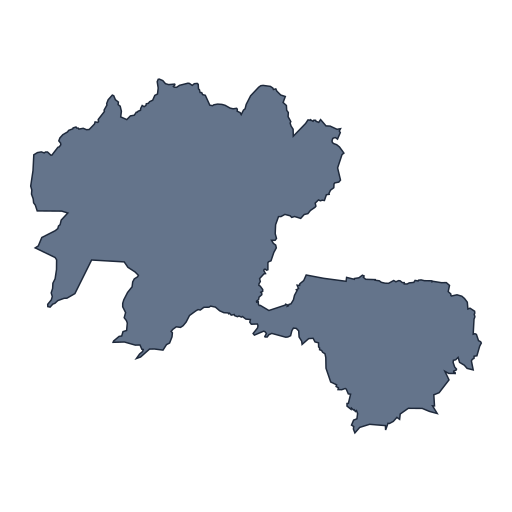 Huejúcar, Jalisco, Mexico (Albers equal-area conic projection)
{"feature_id": "50627088B78900582914746", "entity_name": "Huejúcar", "entity_type": "district", "adm_level": 2, "iso_a3": "MEX", "parent_name": "Mexico", "parent_adm1": "Jalisco", "projection": "albers", "projection_center": [-103.223, 22.31], "detail": "fine", "context": "isolated", "style": "filled", "palette": "slate", "viewbox_px": 512, "rotation_deg": 0, "n_neighbors": 0, "source": "geoboundaries", "source_scale": "gbopen_adm2", "svg_char_len": 6022}
<svg xmlns="http://www.w3.org/2000/svg" viewBox="0 0 512 512"><path d="M163.0,350.1L166.5,344.6L169.6,343.0L172.0,336.9L172.4,332.8L171.1,331.4L172.9,329.3L176.3,326.8L180.5,327.4L183.1,325.7L186.1,322.1L189.5,315.5L195.8,310.9L198.0,309.6L200.3,310.0L203.9,307.3L209.0,307.2L210.6,306.1L215.4,307.1L219.7,310.8L223.9,312.7L228.0,312.9L228.7,313.8L229.5,313.2L231.2,315.1L234.2,314.5L234.6,315.6L237.5,316.7L239.0,316.0L241.4,317.1L242.4,316.5L245.9,319.1L250.4,319.5L249.8,322.2L251.3,324.2L257.4,324.0L258.0,325.8L257.5,328.0L253.1,333.5L254.4,335.1L263.6,331.2L264.9,331.6L266.4,333.5L264.8,336.5L265.1,337.0L267.2,337.0L268.9,334.7L271.8,333.4L285.7,337.2L287.8,337.0L290.6,335.7L291.9,330.6L293.4,328.1L296.3,328.4L298.7,330.9L299.1,337.0L301.7,341.2L302.1,344.4L308.7,338.6L313.1,338.3L315.0,341.9L318.5,342.8L318.6,346.9L319.6,348.0L319.6,349.7L321.6,350.5L322.6,352.2L325.0,353.8L325.8,357.6L326.0,368.2L330.7,382.0L336.6,384.8L336.1,386.5L338.4,387.8L338.0,389.6L341.7,389.7L345.2,388.5L346.3,389.2L348.3,393.9L350.6,394.2L348.4,403.3L347.0,403.5L347.0,406.1L351.1,409.4L351.4,408.1L353.5,410.0L354.2,409.7L355.4,411.5L356.5,410.6L357.6,413.6L356.9,418.8L353.6,420.1L351.5,425.1L353.7,426.5L353.4,429.0L354.9,432.9L359.7,427.4L369.6,424.3L385.4,425.6L385.6,430.0L388.0,423.3L389.4,423.5L393.3,421.4L396.9,417.4L399.6,419.3L400.2,414.0L408.3,408.3L422.2,408.4L429.4,411.4L437.2,413.5L432.5,405.8L434.5,405.9L433.8,394.8L439.1,392.7L449.0,379.9L444.9,371.3L448.7,373.4L455.2,373.5L455.1,372.6L453.6,372.2L453.7,371.1L456.2,370.0L456.5,369.1L454.7,367.1L453.1,362.4L453.4,360.3L455.6,359.8L458.1,357.4L459.6,362.4L464.3,365.2L467.1,368.4L473.2,369.9L471.4,360.9L472.3,359.3L474.0,358.4L474.1,356.2L476.9,355.8L479.7,346.1L481.3,343.1L480.6,341.7L478.5,340.6L476.4,334.4L474.9,333.7L473.2,334.2L474.0,319.2L474.9,316.8L474.2,314.2L474.8,313.1L474.6,311.2L470.0,308.2L467.9,309.0L467.3,302.2L464.5,298.5L461.8,296.2L457.0,294.8L451.5,296.0L450.9,295.6L450.8,294.0L448.2,291.6L449.5,285.4L446.3,282.6L441.5,282.7L432.9,281.3L432.0,281.8L431.8,280.8L424.4,280.7L421.1,279.9L418.5,280.2L418.1,281.0L415.1,280.4L413.8,282.4L409.2,282.9L407.1,284.0L404.2,283.9L404.2,282.6L402.3,282.6L400.1,280.8L398.6,280.6L395.9,281.8L393.7,280.5L388.6,283.3L385.1,283.2L381.3,282.3L379.3,280.8L375.1,280.2L375.2,279.6L365.7,279.3L363.4,277.3L364.1,276.0L362.4,275.2L358.9,277.8L354.4,278.5L354.3,279.3L346.6,277.4L346.1,281.3L323.6,278.3L306.2,275.0L303.7,280.6L299.9,283.7L299.6,285.4L297.1,285.2L298.5,288.5L296.4,289.8L297.2,290.3L294.5,295.3L293.4,299.9L291.0,303.8L289.0,304.4L288.4,305.8L287.2,306.3L287.4,304.9L285.6,304.2L285.2,305.1L268.9,310.5L260.3,305.4L259.2,305.5L258.4,304.2L258.3,301.8L256.7,302.2L256.5,301.2L258.6,299.6L259.0,297.2L261.8,294.7L261.7,293.1L260.8,292.2L262.7,291.3L262.7,289.5L260.2,286.1L258.9,285.4L259.0,283.7L260.3,281.6L259.6,278.6L263.9,273.9L265.5,273.6L263.8,270.6L264.1,269.5L265.0,269.1L266.7,270.2L267.9,269.7L267.9,262.7L268.5,261.8L271.0,260.8L273.8,252.5L276.3,247.9L275.7,245.1L273.4,243.4L271.5,240.3L275.1,240.3L276.5,238.4L275.2,233.7L275.6,224.7L278.5,216.6L280.9,216.6L284.9,214.4L290.2,215.8L291.7,217.4L294.6,216.5L300.7,218.4L304.2,214.5L307.9,213.6L310.4,210.5L315.1,207.2L315.9,206.2L315.2,203.1L318.5,199.9L320.3,200.8L322.3,200.2L324.4,200.5L326.4,194.7L329.2,194.3L329.0,193.3L330.5,190.2L333.8,187.7L334.0,183.9L334.8,182.9L338.8,182.1L340.5,180.1L337.6,167.9L342.0,154.6L343.9,153.1L339.5,147.0L336.7,144.7L333.7,143.6L332.4,142.5L332.0,141.0L332.7,138.5L333.8,137.9L335.5,137.6L337.5,139.1L340.3,132.6L339.3,131.0L340.5,128.7L337.0,129.3L330.1,126.1L326.0,125.9L320.6,119.6L318.7,122.4L316.0,121.3L315.6,120.3L313.8,120.2L313.0,121.3L310.4,119.7L309.8,120.9L310.1,120.2L308.0,119.9L305.6,123.5L293.3,136.2L293.1,129.2L291.1,126.1L290.1,123.1L290.8,121.6L288.1,116.7L288.3,112.5L286.7,110.3L286.4,105.5L283.1,102.5L285.3,96.5L280.7,95.0L276.8,91.1L275.8,88.9L273.4,89.5L272.9,88.1L270.4,86.4L263.1,85.4L260.8,85.7L258.7,87.2L250.6,95.8L246.2,104.4L245.1,108.8L243.5,110.1L241.2,114.6L240.1,112.6L237.2,111.2L237.3,109.2L236.6,108.3L233.2,108.8L230.1,108.1L225.1,105.3L221.9,104.4L217.6,104.1L213.8,104.8L212.6,105.7L209.8,105.2L205.3,95.3L202.6,94.6L201.7,92.6L200.1,92.5L199.4,89.7L198.5,88.9L198.2,84.3L197.2,83.4L194.3,83.7L192.2,85.4L189.4,83.4L187.9,83.2L179.6,85.3L176.6,87.3L174.3,87.2L173.4,86.5L174.9,84.8L174.6,84.1L168.6,84.6L165.5,83.7L162.8,80.6L159.3,79.1L158.2,79.3L157.2,81.7L158.2,88.0L157.5,94.0L154.8,95.4L152.7,100.2L149.6,101.7L148.4,103.3L146.3,103.8L145.9,105.5L144.1,106.7L142.2,105.5L140.7,108.4L140.5,110.3L138.1,111.2L137.1,112.3L136.3,112.2L134.3,115.2L130.4,115.9L126.8,119.6L120.7,116.9L121.4,111.3L120.2,106.2L118.1,104.6L118.4,102.1L115.4,99.7L113.7,95.7L112.3,95.1L108.2,99.7L106.7,103.5L106.9,105.1L104.1,110.1L104.4,111.5L98.2,119.5L98.5,121.7L97.7,122.4L95.1,121.9L94.5,124.0L89.2,129.5L86.5,129.7L83.2,128.3L78.9,129.1L78.4,128.2L76.7,128.0L76.0,127.0L73.1,127.9L72.8,128.8L68.6,130.4L67.6,131.9L62.9,134.6L59.9,137.9L58.8,140.9L60.6,143.1L60.8,144.8L59.3,146.8L57.9,147.3L51.9,155.1L50.9,155.2L47.5,152.0L45.5,152.0L44.2,152.9L41.3,151.9L37.4,152.6L33.8,154.8L33.0,170.6L30.7,186.1L31.8,190.0L31.5,194.1L33.2,198.9L33.6,202.8L35.3,205.1L37.2,210.9L61.7,211.1L67.8,213.0L61.2,220.1L60.1,224.7L58.5,226.0L57.8,228.6L55.2,230.7L41.8,237.5L38.3,245.9L35.2,247.9L55.1,257.5L56.6,259.8L56.5,269.6L55.1,278.8L52.9,283.2L52.6,288.5L51.2,292.9L52.3,296.5L51.3,299.9L47.7,304.3L47.8,306.6L50.1,307.1L52.8,304.1L54.9,303.3L57.8,300.6L64.1,298.3L66.9,298.2L74.9,293.6L91.6,260.0L124.2,261.9L127.9,267.3L135.0,271.9L138.4,275.3L137.6,276.8L134.3,278.9L132.7,281.9L132.1,286.8L127.6,292.4L123.8,299.8L122.7,303.4L122.7,306.8L125.6,312.6L124.2,317.7L126.4,320.6L127.3,323.0L126.6,330.5L123.0,331.6L121.7,336.0L119.1,336.4L113.6,341.0L113.1,342.3L124.4,342.0L135.3,345.1L140.0,345.0L141.8,349.2L143.2,349.5L142.6,351.5L139.6,354.0L136.4,358.5L140.6,357.0L149.5,349.1L154.4,349.0L163.0,350.1Z" fill="#64748b" stroke="#1e293b" stroke-width="1.5"/></svg>